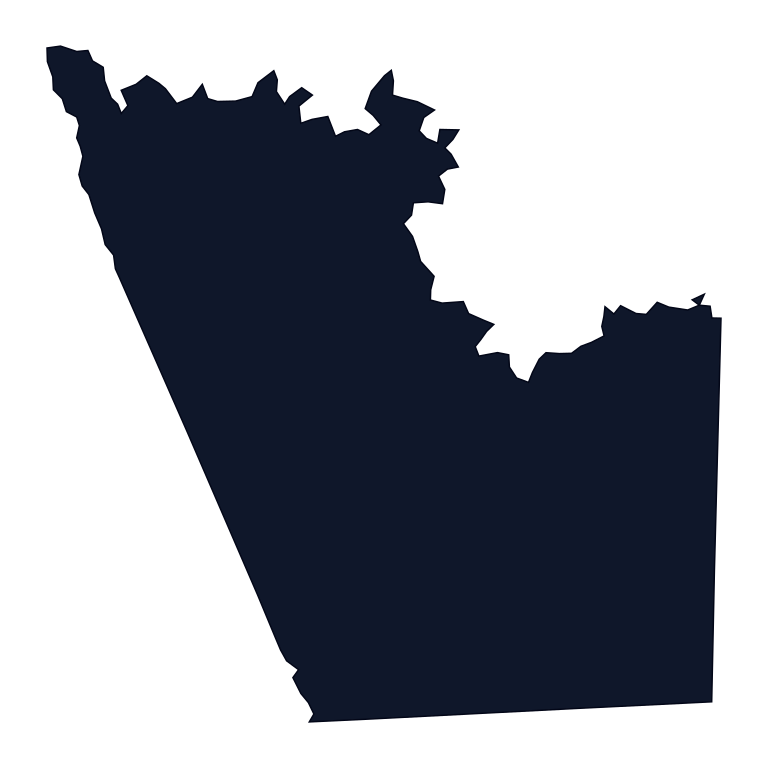 outline of Vera Cruz do Oeste, Paraná, Brazil
{"feature_id": "56859067B99873353532252", "entity_name": "Vera Cruz do Oeste", "entity_type": "district", "adm_level": 2, "iso_a3": "BRA", "parent_name": "Brazil", "parent_adm1": "Paraná", "projection": "albers", "projection_center": [-53.935, -24.996], "detail": "fine", "context": "isolated", "style": "filled", "palette": "ink", "viewbox_px": 768, "rotation_deg": 0, "n_neighbors": 0, "source": "geoboundaries", "source_scale": "gbopen_adm2", "svg_char_len": 1868}
<svg xmlns="http://www.w3.org/2000/svg" viewBox="0 0 768 768"><path d="M721.0,318.2L711.9,318.0L710.1,306.2L699.3,305.2L687.7,310.0L668.8,307.1L657.2,302.3L646.3,314.4L636.0,313.5L620.6,305.7L613.9,314.0L605.0,306.7L603.9,316.5L601.8,326.4L604.1,335.9L591.4,342.4L580.9,346.3L571.6,353.3L559.4,353.6L546.0,352.7L539.2,359.2L532.4,372.6L528.5,382.4L516.6,378.0L509.4,367.0L508.7,354.8L497.5,352.6L478.9,356.1L475.2,346.6L480.7,339.7L486.6,331.4L493.8,324.4L483.8,320.3L468.6,313.6L463.3,301.6L442.1,303.1L430.4,300.0L430.7,289.8L434.1,276.3L420.6,261.4L417.8,251.5L412.5,236.4L403.4,223.7L411.5,215.1L413.4,202.8L428.1,201.8L442.5,203.7L444.8,189.4L438.5,176.1L447.4,169.1L458.3,167.0L451.1,154.2L444.8,147.9L452.9,139.4L458.8,129.9L439.9,129.5L437.6,143.2L426.4,138.4L419.2,130.8L423.8,117.5L434.5,110.0L417.3,101.7L402.9,98.2L392.5,95.1L393.4,80.8L391.3,70.3L384.5,75.7L371.5,91.2L365.2,108.6L373.2,115.4L381.0,124.9L368.9,134.7L357.5,129.5L344.5,131.8L335.5,136.3L327.8,116.5L312.0,119.4L300.8,123.3L298.9,106.1L312.4,95.1L301.7,87.7L289.6,96.6L284.7,104.2L276.4,91.6L277.3,79.8L273.8,70.7L258.0,82.7L252.1,96.6L235.6,101.1L217.5,101.5L207.7,98.6L202.3,84.3L192.4,97.2L176.7,103.6L165.4,88.7L158.9,83.3L146.8,75.8L136.1,84.3L121.2,90.3L127.9,105.6L121.3,113.5L117.6,104.2L111.2,98.1L104.6,80.9L103.2,67.3L92.5,60.9L87.9,50.5L76.7,51.5L60.5,46.1L47.0,48.0L47.4,61.6L52.8,76.8L53.4,89.8L62.3,98.7L66.4,111.6L76.7,117.0L79.4,125.5L76.7,137.9L80.2,146.2L82.9,156.3L78.9,174.6L82.2,186.0L88.9,194.6L94.7,212.9L101.5,228.8L105.2,244.6L113.6,255.1L115.4,268.8L119.1,276.9L187.5,432.5L257.6,594.9L275.7,638.4L280.6,650.0L286.6,660.8L298.6,669.7L292.9,677.6L300.9,693.5L308.4,702.6L313.9,714.0L309.3,721.9L362.6,719.4L577.2,708.4L711.7,701.8L714.4,571.1L721.0,318.2ZM699.3,305.2L704.3,294.2L692.2,299.8L699.3,305.2Z" fill="#0f172a" stroke="#020617" stroke-width="1.5"/></svg>